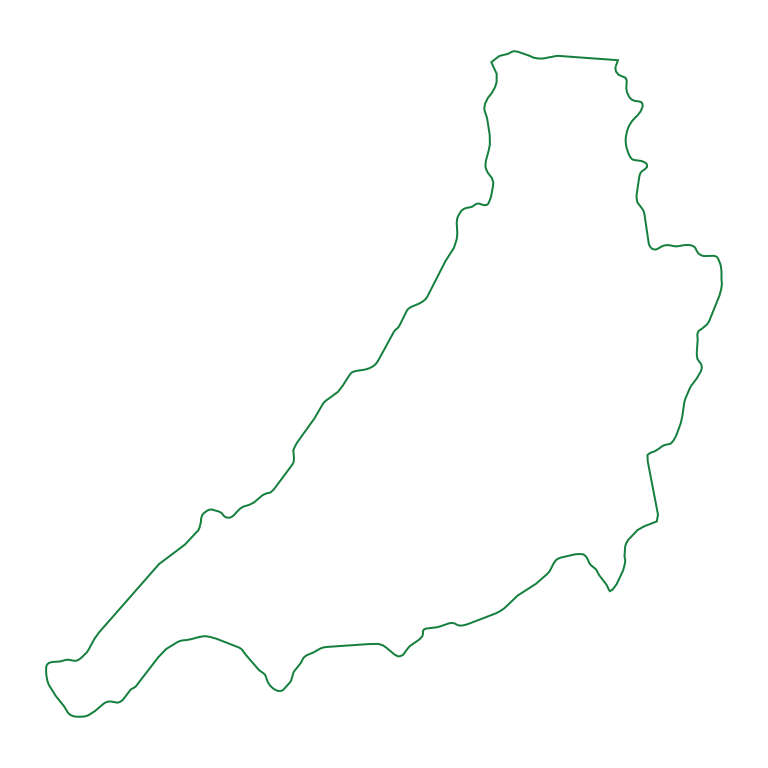 the border of Phrae
{"feature_id": "THA-395", "entity_name": "Phrae", "entity_type": "Province", "adm_level": 1, "iso_a3": "THA", "parent_name": "Thailand", "parent_adm1": "", "projection": "albers", "projection_center": [100.043, 18.254], "detail": "fine", "context": "isolated", "style": "outline", "palette": "green", "viewbox_px": 768, "rotation_deg": 0, "n_neighbors": 0, "source": "natural_earth", "source_scale": "10m", "svg_char_len": 4851}
<svg xmlns="http://www.w3.org/2000/svg" viewBox="0 0 768 768"><path d="M617.9,60.2L615.7,66.5L615.4,68.6L616.0,71.6L618.7,74.8L621.2,76.0L625.3,77.6L626.5,79.5L626.7,82.4L626.3,88.1L627.0,92.4L629.6,97.6L631.8,99.6L634.4,100.8L639.1,101.5L641.2,102.1L642.4,103.7L642.7,106.3L640.8,111.1L637.4,115.6L635.9,116.8L632.3,120.8L630.1,124.0L628.3,127.5L627.0,131.3L626.0,136.0L625.7,138.6L625.7,142.3L626.4,147.2L628.6,153.9L630.4,157.3L632.2,159.3L634.1,160.0L640.9,160.9L643.1,161.6L644.9,162.5L646.4,163.6L647.1,165.2L647.0,167.0L645.4,168.8L641.9,171.3L640.7,172.6L639.9,174.4L639.3,176.6L636.5,195.7L636.7,198.7L637.4,202.4L642.7,209.4L643.5,211.1L644.3,213.2L648.8,243.8L649.5,245.5L650.5,247.1L651.7,248.5L653.3,249.2L655.3,249.6L657.1,249.1L662.2,246.2L664.2,245.5L666.3,245.1L668.5,245.1L675.1,246.3L677.4,246.3L683.9,245.2L688.5,244.9L690.8,245.3L692.8,245.9L694.4,246.9L695.6,248.4L696.3,250.1L698.1,253.1L699.0,253.9L700.0,254.6L701.4,255.3L702.4,255.7L704.0,256.1L713.2,255.8L715.5,256.2L717.0,257.1L718.1,258.6L720.4,264.2L721.0,267.3L721.5,271.4L721.5,279.6L721.9,283.9L721.2,289.3L719.4,295.7L709.1,321.3L707.8,323.3L706.6,324.8L702.2,328.5L699.5,330.3L698.7,330.9L697.9,332.5L697.3,334.6L697.7,339.4L696.8,352.4L696.9,356.2L697.5,359.1L700.9,363.8L701.6,365.5L701.8,368.0L701.0,371.1L696.7,378.5L691.2,385.7L689.6,388.7L685.0,399.6L684.2,402.8L682.4,415.9L680.7,423.4L676.0,436.1L673.2,440.9L670.6,443.7L664.2,445.2L662.4,446.1L657.9,449.4L654.6,451.3L650.8,452.7L649.0,453.7L647.5,454.9L647.7,461.2L658.0,514.6L656.8,521.4L644.4,526.2L637.8,529.9L637.0,530.6L628.1,540.0L626.2,543.3L625.2,546.3L624.5,556.1L624.8,558.3L625.3,560.2L624.7,564.4L623.1,570.5L616.5,584.4L612.8,589.3L610.0,591.2L608.8,589.7L607.2,586.0L606.2,584.3L599.3,575.4L596.6,570.4L595.5,568.9L591.1,565.4L589.9,564.0L588.9,562.2L587.3,558.5L586.2,556.8L585.0,555.6L583.5,554.4L580.0,554.0L575.1,554.3L560.4,557.7L557.2,559.1L555.8,560.4L553.5,563.6L550.0,570.6L547.5,573.7L536.1,583.7L517.6,595.6L504.3,608.3L500.6,610.8L496.2,613.2L467.3,624.3L463.0,625.4L460.6,625.6L458.5,625.4L456.6,624.6L455.1,623.6L452.7,623.0L449.4,623.2L439.8,626.5L436.7,627.3L425.8,628.6L423.6,629.8L422.8,631.7L423.1,633.6L422.3,636.3L419.7,639.2L409.8,646.1L407.5,648.8L403.1,654.8L400.5,656.1L398.1,656.4L394.7,654.7L386.1,647.5L382.9,645.3L378.3,643.9L368.2,644.1L326.0,647.0L323.3,647.5L320.4,648.5L313.3,652.5L306.8,655.2L304.7,656.7L303.2,658.3L300.6,663.3L294.6,670.7L293.5,672.4L291.1,680.6L290.1,682.2L283.8,689.3L282.3,690.5L280.2,691.0L277.7,690.9L273.7,688.9L271.7,687.2L270.0,685.5L268.9,683.9L267.9,682.2L267.2,680.5L265.8,676.4L265.0,674.7L263.6,673.4L259.0,670.1L245.6,654.6L242.3,650.0L241.0,648.8L239.4,647.7L216.4,638.7L210.0,636.9L205.5,636.2L202.7,636.4L199.5,636.9L191.5,639.1L186.2,640.1L184.1,640.2L182.0,640.5L179.9,641.1L177.7,641.9L166.2,649.0L158.3,657.2L135.5,686.8L130.7,689.5L122.9,699.8L120.2,701.8L117.6,702.7L111.1,701.5L108.7,701.5L106.8,702.0L104.9,702.8L103.5,703.8L94.8,711.2L88.3,715.3L84.4,716.5L79.4,716.8L74.7,716.5L72.6,715.9L70.7,715.1L69.1,714.0L67.9,712.6L64.0,706.2L55.7,695.9L48.7,684.6L47.4,680.8L46.5,676.3L46.1,671.5L46.2,666.8L47.0,664.7L48.7,663.0L52.0,662.0L59.8,661.5L65.9,659.9L68.1,659.7L74.4,660.8L76.5,660.7L78.3,659.9L79.8,658.9L81.4,657.7L86.6,652.6L88.2,650.3L94.3,639.1L98.8,632.7L159.0,564.1L185.0,544.5L197.4,531.2L198.1,530.6L198.8,529.4L199.6,527.3L200.9,522.1L201.1,518.7L202.0,515.6L203.7,513.2L207.3,510.6L209.9,509.6L212.3,509.5L214.1,510.2L218.2,511.3L220.1,512.1L221.7,513.1L224.0,516.0L225.5,517.1L227.4,517.7L229.6,517.7L231.5,517.0L233.7,515.4L239.5,509.1L242.1,507.3L244.4,506.2L248.5,505.1L250.4,504.3L253.9,502.5L262.3,495.4L265.1,493.9L267.9,493.0L270.3,492.6L273.6,489.7L292.6,464.2L293.6,462.0L294.0,457.9L293.3,450.4L294.7,446.9L297.2,442.4L314.5,418.3L322.9,403.9L324.4,402.0L325.7,400.8L337.9,391.9L342.5,386.0L349.2,375.5L350.8,373.4L352.5,372.0L356.4,370.9L365.4,369.5L369.5,368.2L372.9,366.4L375.7,364.1L377.8,361.3L393.7,332.1L395.1,330.2L398.0,327.7L399.6,325.3L407.1,310.2L408.3,308.9L409.8,307.8L411.4,306.8L418.9,303.7L422.3,301.8L425.2,299.5L427.1,297.1L445.4,261.2L453.9,247.9L456.6,239.6L457.0,236.8L457.3,233.2L456.7,222.7L457.1,219.0L458.2,215.8L461.1,211.1L463.5,209.1L466.0,208.0L470.4,207.2L472.3,206.6L475.5,204.4L477.2,203.7L478.9,203.5L482.5,204.8L484.4,205.2L486.4,205.0L488.0,204.1L489.4,201.2L491.0,196.8L492.8,187.3L493.3,182.4L491.9,178.0L487.8,172.7L486.5,170.1L485.5,167.3L485.5,164.3L486.0,160.4L488.9,149.7L489.9,144.2L489.7,134.8L487.2,118.9L486.2,115.3L485.5,113.4L484.3,109.3L484.5,106.7L485.1,103.7L487.7,98.3L488.4,97.2L491.4,93.6L494.4,88.4L495.3,86.5L496.6,82.2L496.7,73.9L491.3,62.2L498.7,56.4L500.4,55.7L508.2,53.8L512.0,51.7L514.2,51.2L517.8,51.7L529.8,55.9L533.4,57.6L537.4,58.4L542.6,58.6L557.3,55.8L617.9,60.2Z" fill="none" stroke="#15803d" stroke-width="2"/></svg>